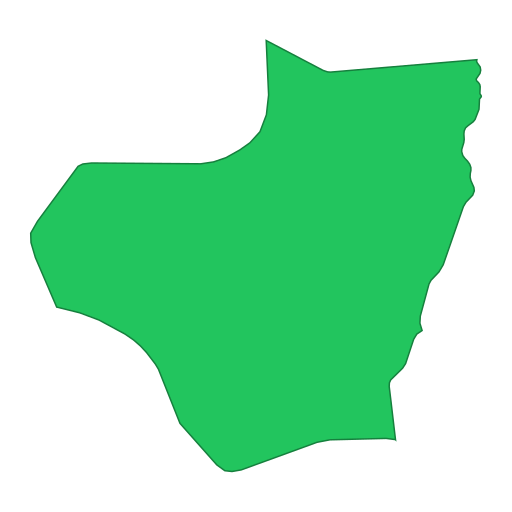 the border of Kassala
{"feature_id": "SDN-884", "entity_name": "Kassala", "entity_type": "State", "adm_level": 1, "iso_a3": "SDN", "parent_name": "Sudan", "parent_adm1": "", "projection": "orthographic", "projection_center": [36.251, 15.89], "detail": "fine", "context": "isolated", "style": "filled", "palette": "green", "viewbox_px": 512, "rotation_deg": 0, "n_neighbors": 0, "source": "natural_earth", "source_scale": "10m", "svg_char_len": 1311}
<svg xmlns="http://www.w3.org/2000/svg" viewBox="0 0 512 512"><path d="M469.9,164.7L470.9,167.6L470.9,170.5L470.3,173.5L470.1,177.1L470.9,180.6L473.9,187.4L474.3,190.9L472.7,195.2L466.0,202.2L463.4,206.6L458.1,221.9L450.9,242.7L443.2,264.8L438.9,272.0L431.0,280.3L429.0,284.0L420.3,316.1L419.9,323.2L422.1,330.5L416.8,334.1L413.7,339.2L405.6,363.6L402.6,368.2L390.7,379.9L389.4,382.8L389.2,386.5L391.1,402.3L394.4,430.4L395.5,439.7L395.4,439.6L386.1,438.4L330.0,439.8L317.0,442.3L241.2,469.9L232.0,471.5L224.8,470.7L216.8,464.9L180.0,423.4L158.4,369.1L155.3,364.0L146.6,352.6L140.5,346.0L133.5,339.9L124.9,334.0L98.9,320.0L79.7,312.8L56.7,307.1L35.4,257.6L31.0,242.6L30.7,233.2L37.5,221.3L78.1,166.3L82.8,164.0L91.6,163.0L200.8,163.8L213.6,161.9L225.9,157.7L239.7,150.0L249.9,142.8L260.0,131.7L266.4,114.8L268.6,95.0L266.2,40.5L323.1,70.4L327.6,71.9L330.5,72.1L476.9,59.7L476.6,61.1L477.0,62.5L480.2,67.0L480.7,70.2L480.0,73.4L476.1,79.1L476.7,80.9L478.4,82.5L479.8,84.6L480.2,86.7L479.9,93.4L480.1,94.0L481.1,95.5L481.3,96.5L481.0,97.2L479.8,98.6L479.5,99.3L479.0,109.3L475.1,119.4L473.3,121.7L468.1,125.6L465.6,127.8L464.2,130.9L463.9,133.9L464.2,139.4L463.8,142.6L461.8,149.3L461.7,151.6L462.8,155.5L464.9,158.4L467.5,161.1L469.7,164.2L469.9,164.7Z" fill="#22c55e" stroke="#15803d" stroke-width="1.5"/></svg>